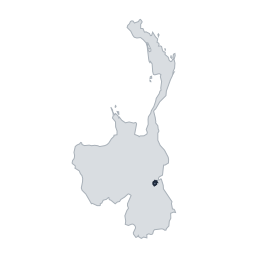 Wang Chao, Tak, Thailand shown in context, rotated 184°
{"feature_id": "78962969B10518066707852", "entity_name": "Wang Chao", "entity_type": "district", "adm_level": 2, "iso_a3": "THA", "parent_name": "Thailand", "parent_adm1": "Tak", "projection": "robinson", "projection_center": [99.133, 16.616], "detail": "fine", "context": "in_parent", "style": "filled", "palette": "slate", "viewbox_px": 256, "rotation_deg": 184, "n_neighbors": 0, "source": "geoboundaries", "source_scale": "gbopen_adm2", "svg_char_len": 4611}
<svg xmlns="http://www.w3.org/2000/svg" viewBox="0 0 256 256"><g transform="rotate(184 128 128)"><path d="M110.0,20.4L110.2,21.5L111.2,20.1L112.5,19.4L115.1,22.5L115.4,23.8L113.5,28.7L113.8,30.3L115.0,31.7L116.5,32.5L118.0,32.2L120.8,30.8L124.0,31.7L123.8,35.0L125.0,40.2L123.4,45.5L121.9,48.1L123.1,50.4L123.2,52.5L120.2,60.8L120.8,61.4L122.7,62.3L123.5,62.0L126.6,58.8L130.2,56.2L131.3,54.1L133.5,53.4L135.5,51.5L140.1,54.8L141.3,55.1L141.9,55.7L142.1,57.1L142.7,57.3L144.5,55.4L147.7,54.2L148.9,51.3L150.4,50.5L150.2,49.1L150.7,48.6L153.3,48.4L157.2,49.9L158.5,50.3L159.2,49.9L165.4,59.1L169.4,62.6L170.4,64.9L169.6,71.1L169.7,74.6L170.6,77.3L172.3,79.1L173.6,81.8L178.2,84.3L177.8,85.0L178.1,86.7L181.0,88.6L181.3,89.2L181.0,91.7L179.7,93.6L179.4,95.1L179.4,97.0L180.2,99.9L179.3,105.9L177.6,107.5L175.3,108.7L174.1,110.3L173.2,109.9L172.7,108.3L170.3,107.4L165.5,108.2L163.2,107.8L160.0,108.4L156.9,108.2L155.0,107.5L149.9,108.8L147.7,110.0L146.1,111.7L143.8,116.0L141.4,118.7L141.5,119.8L138.5,120.5L138.7,124.2L140.4,128.2L140.9,133.3L144.2,136.9L143.6,139.4L144.0,141.9L146.6,147.6L144.7,144.9L144.3,143.0L142.2,140.2L141.5,141.6L138.9,139.5L137.8,137.4L137.4,138.3L134.9,135.4L132.3,133.8L130.9,133.0L127.3,134.1L122.7,133.3L120.9,134.0L120.2,133.6L119.7,132.7L121.0,122.1L117.0,120.8L116.3,120.1L115.5,120.9L111.6,121.3L108.8,123.2L108.4,124.9L109.7,127.8L108.1,133.0L108.6,138.0L108.4,140.7L106.4,144.2L105.9,146.9L103.7,151.2L102.3,156.5L101.9,159.6L99.3,164.3L98.7,167.0L97.7,168.0L98.1,170.2L97.7,176.7L99.3,181.4L98.9,183.6L100.7,184.4L105.0,182.9L106.4,183.3L107.3,185.9L108.4,193.6L110.3,196.0L110.7,194.8L111.6,196.0L112.2,198.3L114.5,210.5L115.7,213.7L114.3,212.9L113.5,209.1L112.3,208.9L112.7,206.5L111.9,205.6L110.6,206.3L110.7,208.2L114.1,214.3L116.2,214.5L118.9,217.1L121.8,219.1L125.5,218.4L128.1,219.0L129.6,220.7L132.0,224.8L135.9,228.2L135.4,230.4L133.8,232.1L133.0,234.4L131.9,235.1L130.5,235.1L128.9,233.2L125.0,234.9L124.1,236.7L123.1,237.2L121.4,235.2L121.5,234.1L122.6,232.5L122.3,228.2L120.0,228.2L118.4,225.0L117.9,224.7L116.8,225.2L113.1,223.7L112.0,221.7L110.9,221.9L110.1,225.3L106.9,220.8L104.6,218.9L105.0,215.5L103.4,214.8L102.8,213.8L103.3,211.8L101.2,212.1L100.2,211.6L99.0,207.9L98.0,206.5L96.6,206.5L96.1,205.8L96.2,203.9L92.8,201.4L91.7,198.5L90.1,197.2L89.1,197.6L88.1,199.7L87.3,199.5L86.6,198.9L85.7,196.0L85.7,191.0L86.8,188.0L87.4,183.2L89.0,179.2L92.3,167.6L92.4,163.0L98.1,156.4L101.8,148.9L103.0,147.8L103.6,146.5L101.6,140.4L100.7,136.2L100.8,135.1L98.4,132.3L97.8,129.0L97.2,128.0L97.0,126.9L97.9,125.0L97.4,117.9L94.7,112.9L90.0,108.4L85.9,101.7L85.3,99.3L85.2,95.9L88.5,93.6L89.9,93.5L90.3,83.4L93.3,81.5L93.9,80.6L94.2,79.0L93.5,78.0L91.6,79.6L91.2,79.3L88.9,73.3L88.4,69.7L79.0,57.6L79.4,55.6L78.0,50.3L76.6,50.2L75.7,49.3L74.7,47.0L76.5,47.3L79.5,45.9L79.0,40.9L80.3,37.9L80.4,33.1L82.7,30.2L83.0,28.8L84.2,28.6L85.9,29.6L87.6,29.7L94.5,28.4L95.4,27.1L95.9,24.5L96.6,23.6L98.1,23.4L99.9,23.9L101.8,22.9L101.5,19.7L104.8,20.3L107.0,18.8L110.0,20.4ZM88.2,201.0L87.8,204.8L86.4,205.6L86.0,203.4L86.8,199.8L87.1,200.7L88.2,201.0ZM109.5,178.9L109.3,180.7L108.1,181.3L107.8,179.3L109.5,178.9ZM138.6,141.1L140.0,143.7L138.4,143.5L138.1,141.0L138.6,141.1ZM104.2,224.1L103.5,223.0L104.1,221.3L104.7,223.4L104.2,224.1ZM90.4,201.4L90.1,203.5L89.5,200.7L90.4,201.4ZM109.5,177.2L108.9,177.0L108.4,175.8L109.1,175.8L109.5,177.2ZM96.2,207.7L96.9,210.1L96.1,209.0L96.2,207.7ZM142.3,148.0L142.1,149.5L141.4,148.9L141.8,147.8L142.3,148.0ZM86.7,186.3L85.9,186.9L86.5,185.5L86.7,186.3Z" fill="#d9dde1" stroke="#a8b0b8" stroke-width="1"/><path d="M99.1,74.0L99.0,73.8L99.0,73.7L98.8,73.5L98.7,73.5L98.6,73.4L98.4,73.2L98.2,72.9L98.0,72.5L97.9,72.5L97.7,72.3L97.5,72.5L97.5,72.8L97.4,72.9L97.4,73.0L97.2,73.0L97.2,72.9L96.9,72.9L96.9,73.0L96.7,73.0L96.6,73.3L96.3,73.4L96.2,73.5L96.0,73.8L95.9,73.7L95.7,73.8L95.7,74.0L95.8,74.3L95.8,74.5L95.8,74.8L96.0,74.9L96.0,75.0L95.9,75.0L95.9,75.3L96.0,75.3L96.0,75.5L95.9,75.6L95.7,75.6L95.4,75.8L95.2,75.8L95.3,75.9L95.3,76.0L95.3,75.9L95.3,76.0L95.3,75.9L95.3,76.0L95.5,76.1L95.5,76.3L95.6,76.2L95.6,76.3L95.7,76.5L95.8,76.7L95.8,76.8L96.0,76.8L96.1,77.0L96.1,77.3L96.1,77.5L96.0,77.8L96.1,77.7L96.3,77.6L96.4,77.4L96.5,77.3L96.6,77.2L96.8,77.2L97.0,77.1L97.3,77.0L97.2,77.0L97.3,77.0L97.3,76.9L97.5,76.8L97.5,76.7L97.6,76.8L97.6,76.7L97.8,76.7L97.8,76.4L98.0,76.3L98.0,76.2L98.2,76.3L98.3,76.3L98.5,76.3L98.7,76.2L98.8,76.1L98.8,75.9L98.9,75.7L98.8,75.4L98.9,75.2L98.7,75.0L98.7,74.9L98.7,74.7L98.8,74.7L98.8,74.4L99.0,74.3L99.0,74.2L99.1,74.3L99.1,74.2L99.1,74.0Z" fill="#64748b" stroke="#1e293b" stroke-width="1.5"/></g></svg>